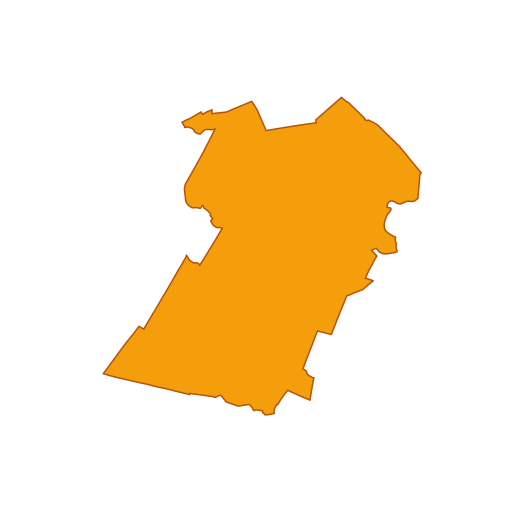 the district of Tiream, Satu Mare, Romania, rotated 340°
{"feature_id": "2599482B66236649043849", "entity_name": "Tiream", "entity_type": "district", "adm_level": 2, "iso_a3": "ROU", "parent_name": "Romania", "parent_adm1": "Satu Mare", "projection": "equal_earth", "projection_center": [22.455, 47.592], "detail": "fine", "context": "isolated", "style": "filled", "palette": "amber", "viewbox_px": 512, "rotation_deg": 340, "n_neighbors": 0, "source": "geoboundaries", "source_scale": "gbopen_adm2", "svg_char_len": 6090}
<svg xmlns="http://www.w3.org/2000/svg" viewBox="0 0 512 512"><g transform="rotate(340 256 256)"><path d="M264.4,397.5L267.1,392.9L268.7,390.3L267.6,389.6L266.5,388.5L265.4,387.0L264.3,385.5L263.9,384.4L263.8,383.8L263.9,382.9L264.0,381.6L263.8,381.2L262.9,379.7L261.5,378.0L266.8,371.9L269.4,368.8L274.3,363.3L278.9,358.1L281.0,355.5L286.5,349.2L288.1,347.5L288.7,347.9L293.6,351.2L299.9,355.5L301.1,354.3L303.5,351.5L307.0,347.5L310.1,343.9L317.2,336.0L325.1,327.4L327.1,325.0L327.6,324.6L342.8,324.0L343.8,324.2L344.7,324.1L345.3,323.8L357.5,319.4L357.6,319.2L352.1,314.9L351.2,314.3L356.6,308.7L365.5,300.8L369.1,297.6L369.6,297.3L367.5,292.4L366.6,290.2L371.4,289.8L371.5,289.8L372.5,292.1L373.1,294.1L373.5,294.8L374.0,295.3L375.5,296.8L376.0,297.2L377.1,297.7L379.5,298.7L381.1,299.0L385.1,299.8L386.6,300.0L387.0,300.1L387.9,300.2L388.2,300.1L389.3,300.2L389.6,300.3L390.1,299.8L390.3,299.5L390.4,299.0L390.2,297.9L390.3,297.3L390.4,296.7L390.6,295.7L391.2,294.2L391.9,292.3L392.1,291.1L392.1,290.2L392.1,289.5L392.3,289.0L392.7,287.9L393.0,287.2L393.4,286.5L393.5,286.0L393.1,285.6L392.7,285.2L392.3,284.7L391.6,284.1L390.5,282.8L389.9,282.1L388.2,279.8L387.8,279.2L387.1,277.8L386.3,276.2L386.3,273.7L386.3,273.4L386.6,272.1L387.0,270.8L387.5,269.7L388.5,268.1L389.4,266.7L390.3,265.6L391.0,264.8L391.9,263.8L392.3,263.3L393.2,262.4L393.8,261.9L394.7,261.4L396.2,260.5L397.9,259.3L398.2,259.1L398.5,258.8L398.7,258.5L398.9,258.0L398.9,257.3L398.8,256.9L398.3,256.5L397.1,256.0L396.0,255.2L395.9,255.1L395.8,254.9L396.3,254.0L397.6,252.1L397.9,251.8L398.3,251.5L399.3,250.8L399.8,250.6L400.4,250.5L400.8,250.4L401.5,250.4L402.0,250.5L402.5,250.7L403.0,251.0L403.7,251.5L404.4,252.1L404.8,252.5L405.6,253.6L407.1,255.2L407.5,255.5L408.1,255.8L408.9,256.2L409.4,256.4L409.9,256.5L411.6,256.5L413.2,256.3L413.9,256.3L415.4,256.2L416.1,256.3L417.2,256.4L417.9,256.7L419.0,257.1L421.4,258.2L421.9,258.4L422.4,258.4L422.9,258.5L423.7,258.5L424.4,258.4L425.1,258.2L427.0,257.5L427.8,257.3L432.3,247.6L435.7,240.3L437.4,236.5L438.0,235.7L438.4,235.3L439.7,234.4L439.6,234.0L439.4,233.6L439.1,232.7L437.7,228.9L435.7,223.2L433.2,216.2L430.6,208.6L429.2,204.8L428.2,201.9L426.5,198.5L424.6,194.4L423.5,192.2L423.3,191.7L422.8,190.6L422.5,190.0L422.3,189.7L420.6,186.2L418.4,181.3L414.9,174.2L414.5,173.6L413.4,172.4L411.9,170.6L408.8,167.4L407.9,166.5L406.3,166.7L405.0,165.1L405.3,164.9L405.4,164.7L405.0,163.8L404.7,162.8L399.6,152.2L398.5,149.9L397.5,148.0L395.4,143.4L393.1,140.7L390.5,136.2L358.6,148.6L358.1,151.4L351.1,149.9L341.0,147.8L329.8,145.6L313.9,142.6L308.4,141.6L308.3,138.8L308.1,136.1L307.6,128.1L307.0,118.6L304.9,109.2L293.1,109.8L282.3,110.3L277.6,110.6L277.0,110.5L263.2,107.1L263.9,105.5L264.2,104.9L264.6,103.6L259.7,103.7L254.3,104.6L253.7,101.9L243.0,103.8L238.7,104.5L238.6,104.2L232.2,105.1L232.5,106.3L232.5,107.1L232.6,107.5L232.7,108.3L233.3,109.4L233.3,109.8L233.2,110.1L233.0,110.4L232.9,110.6L233.0,110.8L233.3,111.0L233.5,111.1L233.8,111.1L234.9,111.2L235.5,111.2L236.0,111.5L236.5,111.9L237.2,112.4L238.0,113.0L238.5,113.3L239.3,114.0L239.9,114.7L240.4,115.7L240.6,116.8L240.7,117.6L240.7,118.1L241.0,118.7L241.5,119.3L242.1,120.0L242.9,120.8L243.7,121.5L244.5,122.0L245.2,122.2L246.5,121.8L246.9,121.5L248.4,120.9L250.0,120.3L251.2,119.9L251.8,119.9L253.0,120.3L254.8,120.9L255.7,121.3L257.2,122.0L258.2,122.4L260.9,122.7L257.1,126.3L253.2,130.0L249.4,133.5L242.8,139.6L237.8,144.1L233.7,147.6L227.2,153.3L217.4,161.6L214.7,163.9L213.7,165.1L213.4,165.5L213.1,166.1L212.6,166.7L212.1,167.6L211.8,168.3L211.4,169.4L211.1,170.8L210.7,171.9L210.4,173.4L210.3,174.5L210.1,175.2L209.7,176.6L209.2,178.2L209.0,179.5L208.9,180.0L208.9,180.6L208.8,181.7L209.2,183.7L209.6,184.4L209.7,185.0L209.9,185.6L210.3,186.1L210.6,186.5L211.3,187.3L211.8,188.1L212.2,188.5L212.6,188.9L213.1,189.1L214.1,189.4L216.1,190.0L217.6,190.7L218.4,191.1L219.0,191.7L219.7,192.1L220.0,192.2L220.3,192.1L220.8,191.7L221.9,190.8L222.9,190.2L223.1,190.2L223.4,190.4L223.6,190.6L223.6,190.8L223.5,191.2L223.4,191.7L223.4,192.1L223.4,192.5L223.6,193.2L224.0,194.0L225.4,195.8L226.0,196.7L226.6,198.3L226.9,199.1L227.4,199.8L227.8,200.3L227.9,200.7L227.4,201.7L226.9,202.1L226.7,202.5L227.0,203.2L227.5,204.5L227.7,205.4L228.1,206.3L225.5,207.4L225.7,208.1L225.7,209.1L226.0,211.0L226.2,212.1L227.4,214.2L228.4,215.5L229.6,216.2L231.2,216.8L232.4,217.3L233.3,217.9L233.7,218.4L228.2,223.0L223.5,226.9L216.2,232.7L205.9,240.9L200.0,245.3L199.2,243.1L198.7,242.6L198.0,242.3L197.3,241.9L196.2,241.7L195.3,241.2L194.8,240.8L194.2,240.2L193.3,239.0L191.9,236.7L191.6,235.8L191.3,232.6L190.9,231.8L190.7,232.3L190.1,232.8L181.3,240.2L181.0,240.3L179.9,241.2L178.0,242.8L176.9,243.7L176.4,244.2L169.3,250.2L167.4,251.9L165.8,253.1L162.9,255.6L161.9,256.4L157.1,260.4L155.2,261.9L153.7,263.1L148.6,267.4L141.1,273.6L139.6,274.7L129.5,283.0L125.6,286.3L124.2,284.7L122.0,282.1L113.0,287.9L103.9,293.3L102.3,294.4L96.8,298.0L91.7,301.4L88.5,303.6L80.9,308.6L72.3,314.3L77.1,318.0L85.9,324.0L95.4,330.1L98.3,332.0L104.3,335.9L109.7,339.2L115.6,343.3L118.9,345.5L126.5,350.2L134.2,355.5L146.2,363.5L146.8,362.6L147.2,362.8L159.0,368.9L167.4,373.4L168.5,374.4L168.9,374.7L169.4,374.8L170.0,374.9L172.2,374.6L173.8,374.5L174.7,374.7L175.5,375.2L175.8,375.8L176.1,376.8L176.3,377.8L176.8,379.1L177.2,380.1L177.6,381.4L177.9,382.8L182.8,386.8L186.5,389.9L187.4,390.5L188.3,390.9L189.2,391.3L190.1,391.5L191.7,391.7L192.7,391.8L196.6,392.7L198.8,393.2L199.5,394.4L199.7,395.1L200.0,395.7L200.5,397.6L200.8,399.3L200.9,399.7L201.1,400.6L201.6,400.6L203.0,400.5L203.3,400.5L203.7,400.7L209.2,403.7L208.9,404.2L208.8,404.8L208.7,405.3L208.8,405.7L209.0,406.2L209.3,406.6L209.9,407.2L210.1,407.7L210.3,408.1L210.3,408.6L210.8,408.6L211.4,408.7L212.5,409.1L214.1,409.5L216.6,409.9L217.9,410.0L219.3,410.1L219.6,409.1L219.8,408.1L220.4,407.1L220.7,406.5L221.6,405.4L224.8,402.7L225.5,403.1L227.1,401.9L229.2,400.1L233.7,396.9L239.8,393.0L242.7,395.9L244.2,397.3L249.5,402.5L253.7,406.5L256.8,409.3L257.4,409.9L259.0,407.1L263.2,399.6L264.4,397.5Z" fill="#f59e0b" stroke="#b45309" stroke-width="1.5"/></g></svg>